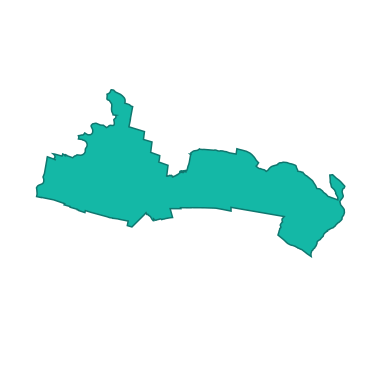 Pastraveni, Neamt, Romania (Robinson projection), rotated 221°
{"feature_id": "2599482B84258417369440", "entity_name": "Pastraveni", "entity_type": "district", "adm_level": 2, "iso_a3": "ROU", "parent_name": "Romania", "parent_adm1": "Neamt", "projection": "robinson", "projection_center": [26.551, 47.154], "detail": "fine", "context": "isolated", "style": "filled", "palette": "teal", "viewbox_px": 384, "rotation_deg": 221, "n_neighbors": 0, "source": "geoboundaries", "source_scale": "gbopen_adm2", "svg_char_len": 5991}
<svg xmlns="http://www.w3.org/2000/svg" viewBox="0 0 384 384"><g transform="rotate(221 192 192)"><path d="M59.7,221.5L60.8,222.4L61.9,223.7L63.0,226.2L62.7,227.5L63.0,228.3L62.7,230.4L63.0,231.1L62.9,231.9L63.3,233.5L64.1,235.5L64.5,235.8L64.9,236.8L64.7,238.4L64.0,240.5L64.2,241.0L64.2,242.2L64.0,244.5L64.0,244.8L64.3,245.2L64.9,246.8L64.8,248.6L64.4,250.8L64.1,251.3L64.6,251.6L64.1,253.3L63.8,253.6L63.4,255.2L61.9,258.0L61.9,259.5L61.6,260.2L61.8,261.5L61.8,262.4L61.6,263.6L61.7,264.1L61.2,265.5L60.9,268.1L60.9,269.7L61.3,270.4L61.7,270.7L62.1,271.4L62.3,272.7L62.3,273.3L62.4,274.0L63.4,276.4L65.5,278.5L66.4,278.9L68.6,279.4L71.1,279.8L71.8,280.1L72.8,280.9L74.1,281.6L74.4,283.1L74.6,286.4L74.8,287.5L75.1,288.0L75.8,288.7L76.7,289.1L79.0,290.8L80.2,293.1L79.8,294.5L79.8,295.1L80.2,295.9L80.3,296.4L80.5,296.6L86.2,297.3L88.6,297.4L92.1,297.1L97.2,297.3L99.1,295.2L95.5,291.7L94.1,290.0L92.6,289.2L90.1,287.3L86.0,287.1L83.3,286.0L82.7,285.4L82.6,285.1L78.4,283.6L76.8,281.7L83.7,279.0L84.6,278.7L86.2,278.0L86.6,277.9L89.3,278.3L92.5,278.0L94.2,278.4L97.6,278.2L100.1,276.5L102.9,277.9L106.7,279.0L107.7,279.4L108.8,279.6L116.0,279.4L116.5,279.3L117.2,279.0L120.3,279.3L121.4,279.6L122.1,278.8L123.1,278.8L125.6,277.2L125.9,277.1L126.4,277.6L127.0,278.0L128.9,278.8L130.7,280.0L131.4,280.0L134.0,279.1L135.7,278.3L137.0,277.5L139.7,276.5L142.5,274.5L143.1,273.8L143.4,273.1L145.0,271.5L145.6,269.8L145.3,269.0L145.8,268.3L145.8,267.8L146.8,266.7L146.9,266.3L147.3,265.8L148.4,264.0L148.9,262.6L149.1,260.9L149.0,257.9L149.5,256.7L149.4,256.3L149.5,256.2L151.7,256.3L154.2,255.0L155.6,254.6L156.6,253.8L157.3,253.6L159.2,253.5L160.6,253.6L160.5,254.1L160.6,255.7L160.9,257.0L160.9,257.7L164.4,258.1L167.0,258.9L168.5,259.2L171.5,259.5L173.7,259.4L177.6,258.4L181.4,256.6L184.5,255.0L186.5,254.1L183.6,249.6L189.4,246.1L192.6,244.9L194.2,243.8L195.2,243.4L196.2,242.8L197.7,241.6L197.9,241.1L199.3,240.1L201.2,239.4L202.2,238.8L202.6,238.3L202.7,238.0L211.0,231.9L211.9,231.0L212.7,230.4L214.3,229.3L214.6,229.4L215.2,227.1L217.5,224.3L218.0,223.1L218.1,222.5L218.5,220.7L217.6,219.8L218.3,219.3L217.8,219.3L217.4,219.1L213.4,212.4L212.5,210.5L211.9,208.8L210.6,206.3L210.1,204.9L210.3,204.8L210.4,204.3L210.0,203.5L210.4,203.6L210.9,204.0L211.1,204.0L211.5,203.4L211.4,203.0L211.0,202.8L210.8,202.5L211.1,202.4L211.9,202.7L212.3,202.5L212.6,202.2L212.5,201.8L211.4,200.9L211.5,200.7L212.1,200.6L212.8,201.3L213.5,201.3L213.8,201.1L213.7,200.9L213.0,200.3L212.6,200.2L213.1,199.7L214.0,200.1L214.5,200.1L214.6,199.6L214.2,198.9L213.7,198.5L213.9,198.0L213.9,197.6L214.0,196.6L214.3,196.1L214.2,195.7L214.4,195.4L214.5,194.9L214.9,194.6L214.9,193.6L215.1,193.4L215.5,192.7L215.6,192.3L216.0,191.9L215.9,191.5L216.4,190.6L216.7,190.5L217.2,191.0L217.6,191.1L218.5,191.0L218.6,190.4L219.1,190.4L220.0,189.7L220.0,189.0L220.5,188.4L220.8,188.3L220.9,187.8L221.3,187.4L221.7,187.4L222.5,188.8L227.6,196.4L236.8,192.8L237.8,194.8L238.9,196.5L240.2,198.3L249.2,194.8L255.0,203.5L263.1,199.8L267.5,206.4L282.4,199.8L285.4,205.2L286.2,206.5L286.3,206.4L292.8,217.5L294.1,216.9L296.6,216.8L301.1,215.0L301.5,215.8L302.0,216.6L303.3,217.9L304.5,218.5L305.5,218.7L307.6,218.9L309.9,218.8L315.2,217.3L316.0,217.2L316.3,217.4L317.2,217.3L317.6,217.5L318.3,217.3L319.9,216.3L320.1,215.9L319.3,213.5L319.3,212.9L319.5,211.7L320.3,210.0L319.2,209.1L317.5,206.7L316.8,206.2L316.3,206.2L314.6,206.8L314.1,206.8L310.3,205.7L308.8,204.1L307.9,202.7L306.6,201.2L305.3,200.1L303.0,199.1L302.2,198.4L299.4,200.2L299.6,199.8L299.3,199.4L298.5,198.5L298.2,197.8L298.5,196.1L298.5,195.5L298.3,195.1L296.5,193.7L295.3,192.4L295.0,191.8L294.9,191.1L295.2,190.4L295.7,190.0L297.5,188.7L298.1,187.5L298.1,186.5L298.2,186.0L298.9,184.4L300.1,184.5L301.2,184.3L302.6,184.3L304.8,182.6L305.5,182.3L309.4,181.0L310.0,180.5L311.7,178.2L311.8,176.2L311.4,175.6L311.1,175.3L308.1,174.0L307.6,173.6L306.6,172.5L305.9,171.4L305.8,170.0L306.2,168.6L307.9,167.0L309.1,166.6L311.7,166.2L311.5,164.5L311.7,163.7L312.2,162.9L313.0,162.3L313.4,161.4L314.6,160.1L314.7,159.9L313.8,159.5L313.3,159.0L312.5,157.5L309.2,159.6L308.3,159.6L307.1,160.3L305.0,160.4L303.7,160.0L302.4,159.2L301.5,158.0L301.1,157.1L300.9,155.6L300.9,155.1L300.5,154.2L299.3,152.7L298.8,151.9L298.6,150.3L298.9,148.7L299.8,147.0L300.5,146.4L303.0,144.7L303.3,144.3L303.4,143.4L303.7,142.7L304.2,142.1L304.5,139.6L310.6,137.2L310.8,137.5L312.0,137.1L311.6,136.1L312.9,136.3L314.5,135.9L314.1,135.1L313.7,133.8L320.4,130.6L321.8,129.7L320.7,129.7L319.8,129.5L318.2,128.6L318.1,127.1L318.0,126.8L317.3,126.6L315.7,126.7L317.5,126.3L324.3,123.7L323.5,122.2L323.0,121.6L315.5,109.1L314.3,105.6L312.3,104.4L311.0,103.0L310.7,102.5L310.3,101.4L310.3,100.4L310.7,99.3L312.1,96.6L312.4,95.6L312.4,94.6L312.1,93.1L310.6,91.9L308.0,89.3L307.3,88.4L306.3,86.6L302.1,88.9L302.2,89.1L291.3,95.3L280.4,99.7L280.1,98.4L274.6,101.0L274.1,100.5L267.2,103.7L266.9,103.3L265.6,104.0L265.3,103.7L259.3,106.2L260.3,108.0L254.8,110.4L239.7,117.7L237.6,118.5L234.9,120.2L234.6,120.1L233.7,120.8L230.4,123.0L228.8,123.8L221.1,128.2L218.8,124.2L214.4,126.2L213.4,139.6L213.1,143.9L213.1,146.2L211.4,145.4L210.9,145.8L210.8,146.1L210.7,146.2L209.7,145.9L207.4,146.2L205.5,145.6L204.8,145.3L202.5,144.9L202.0,145.3L202.4,145.9L203.1,146.5L201.8,146.5L201.1,146.7L200.6,147.2L200.3,147.9L199.0,149.7L198.4,150.8L197.8,151.2L196.7,151.3L196.3,152.2L195.1,153.6L194.6,154.5L191.9,157.9L189.9,160.0L197.6,165.1L189.5,172.1L190.4,172.6L182.4,179.4L182.5,179.5L176.9,184.3L172.2,188.3L164.7,194.4L163.3,195.5L157.4,199.0L150.0,203.2L152.5,206.0L106.3,234.0L106.3,230.6L105.1,229.4L104.0,228.8L104.2,228.2L104.0,225.9L103.7,224.9L102.4,224.2L101.6,223.4L101.8,223.0L101.6,222.7L101.7,221.8L101.1,221.0L100.8,220.0L100.0,218.5L98.9,215.9L92.7,216.1L90.5,216.1L87.4,215.9L85.7,216.0L83.2,216.6L82.2,217.0L80.8,217.8L78.6,218.6L78.4,218.8L77.4,218.8L76.1,219.2L75.5,219.1L75.1,219.4L72.8,220.0L71.2,220.6L64.7,220.9L59.7,221.5Z" fill="#14b8a6" stroke="#0f766e" stroke-width="1.5"/></g></svg>